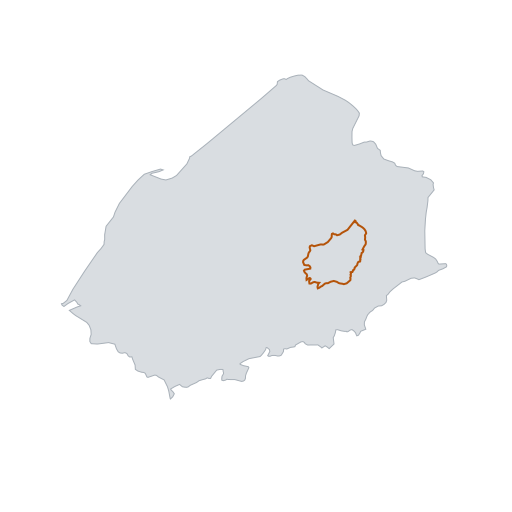 Świętokrzyskie highlighted on a map of Poland, rotated 318°
{"feature_id": "POL-3149", "entity_name": "Świętokrzyskie", "entity_type": "Voivodeship", "adm_level": 1, "iso_a3": "POL", "parent_name": "Poland", "parent_adm1": "", "projection": "natural_earth1", "projection_center": [20.88, 50.732], "detail": "fine", "context": "in_parent", "style": "outline", "palette": "amber", "viewbox_px": 512, "rotation_deg": 318, "n_neighbors": 0, "source": "natural_earth", "source_scale": "10m", "svg_char_len": 5785}
<svg xmlns="http://www.w3.org/2000/svg" viewBox="0 0 512 512"><g transform="rotate(318 256 256)"><path d="M418.4,274.2L420.4,277.4L421.2,279.9L420.4,281.9L420.7,283.9L428.1,292.5L430.9,298.8L432.7,301.2L436.8,304.4L437.1,305.7L435.5,306.9L433.2,307.3L432.5,308.4L435.0,311.4L436.9,316.3L436.8,320.4L435.4,321.4L433.7,323.9L432.6,326.1L423.0,327.6L420.7,330.0L415.5,334.5L412.0,337.2L406.7,341.9L398.4,350.1L386.4,363.9L384.3,367.0L384.7,369.6L387.0,375.8L387.5,378.5L387.1,381.1L386.4,383.4L386.5,384.4L391.8,388.6L392.0,389.5L391.5,390.6L390.4,391.5L386.4,390.6L381.9,388.8L380.4,389.0L378.0,388.6L367.9,385.2L361.2,382.6L360.5,380.9L359.2,378.4L356.3,376.3L349.7,374.4L347.1,373.0L336.4,372.2L331.7,372.2L328.5,372.8L326.4,372.7L323.5,376.4L321.5,377.5L318.6,377.6L316.0,377.0L313.4,375.0L309.3,374.0L306.2,374.5L304.0,374.1L302.1,374.0L301.4,374.3L299.9,374.3L297.7,375.2L295.2,376.5L292.5,377.5L290.4,379.7L288.6,383.9L283.4,382.0L281.6,382.8L279.1,383.4L277.5,382.8L277.9,381.4L278.6,379.7L278.6,377.4L278.1,374.9L276.5,374.1L274.1,373.8L272.8,373.3L272.7,372.4L271.5,371.4L269.3,368.7L267.3,365.3L265.9,364.3L263.9,365.9L260.8,367.7L258.8,368.3L255.1,373.6L248.4,373.8L248.0,371.3L247.3,369.0L243.4,368.4L243.3,367.0L242.5,363.5L234.8,356.7L233.8,353.9L234.2,352.8L233.6,351.0L231.9,349.9L225.8,348.6L224.2,349.4L222.8,348.6L220.5,347.0L216.6,345.7L216.2,345.0L214.8,343.8L214.1,343.7L213.5,344.4L212.4,345.4L208.4,346.6L206.8,346.1L205.3,345.0L203.7,342.7L201.3,340.6L199.3,339.9L198.2,338.8L198.0,337.9L202.4,336.2L203.4,334.5L202.9,331.3L202.2,330.9L200.5,332.0L196.8,332.9L193.4,333.4L191.7,333.4L182.1,327.6L175.8,325.8L172.1,325.3L171.7,325.9L173.3,329.1L176.2,333.1L176.0,334.2L170.5,336.6L168.2,337.9L166.2,339.9L164.5,340.7L163.0,340.5L161.4,339.6L157.6,333.7L152.6,329.1L152.0,328.1L150.5,327.9L148.3,326.8L147.5,325.4L148.7,324.0L150.3,322.6L153.0,321.8L153.8,321.0L154.3,319.9L155.4,318.4L155.1,317.8L153.2,316.1L150.4,314.5L142.5,315.7L140.3,316.6L139.1,315.5L138.2,313.9L136.2,313.5L133.5,312.1L130.3,310.6L127.1,310.2L120.6,308.1L118.0,307.9L116.6,307.2L115.1,305.6L113.8,303.9L113.3,300.3L108.5,298.7L103.6,297.7L103.3,298.2L103.4,301.8L103.1,303.7L99.9,304.9L96.7,305.0L96.9,304.4L100.8,298.0L102.7,294.0L104.8,286.6L102.6,280.8L102.1,278.0L101.0,276.7L94.5,273.9L94.0,272.9L95.2,269.1L94.7,267.5L93.2,265.8L91.2,262.4L90.5,259.5L93.2,256.1L95.2,250.3L96.3,247.9L94.6,246.6L94.2,244.7L94.8,242.0L93.9,240.1L91.6,238.8L90.1,237.1L89.5,235.0L90.2,231.6L92.1,227.1L88.5,221.7L79.2,215.3L74.9,210.9L75.3,208.4L77.4,206.1L81.0,204.0L83.9,200.4L85.6,196.0L85.8,192.1L82.1,179.5L81.5,176.3L80.9,171.5L89.0,174.2L92.4,175.7L92.1,174.0L91.4,172.5L91.9,170.4L91.8,167.2L84.4,165.5L79.5,165.0L79.0,162.8L79.5,161.3L80.9,162.2L85.7,162.5L97.7,158.2L118.5,152.6L140.5,147.3L145.7,146.8L150.8,145.7L152.8,143.7L154.7,142.4L157.8,138.9L164.5,133.6L176.2,131.6L180.6,129.1L189.7,125.5L210.6,121.5L219.2,120.6L227.7,120.5L235.3,123.7L243.2,127.5L244.6,129.9L240.3,128.4L234.0,124.9L231.7,124.8L237.0,135.4L239.9,139.2L245.8,142.0L250.8,143.0L266.3,141.3L271.8,139.0L273.3,137.9L274.8,138.5L295.0,139.7L365.1,142.5L385.3,142.9L386.6,142.6L388.6,140.8L391.1,141.1L394.1,142.2L395.5,143.0L396.1,143.9L396.5,145.0L398.1,145.2L401.1,146.1L405.1,148.0L408.3,149.8L411.3,152.4L412.3,155.4L412.4,158.8L412.3,160.9L416.9,177.5L423.9,192.7L426.6,200.0L427.6,204.0L428.5,209.6L428.8,213.6L428.8,215.9L428.4,219.0L426.4,220.8L413.2,226.0L410.7,227.7L406.9,231.8L403.3,236.0L402.5,237.4L402.3,238.4L403.1,239.7L407.9,242.0L412.7,243.8L414.2,245.2L417.8,246.9L419.1,248.5L419.8,249.8L419.8,253.0L418.3,257.3L419.0,260.6L417.4,262.8L416.1,265.2L415.9,269.5L418.4,274.2Z" fill="#d9dde1" stroke="#a8b0b8" stroke-width="1"/><path d="M302.6,284.8L304.7,285.4L305.7,287.6L311.7,290.6L312.6,291.4L313.4,292.4L314.3,292.9L318.7,293.7L323.8,293.0L325.0,292.5L326.1,291.3L327.2,290.4L328.3,290.7L328.7,292.3L329.8,293.3L329.9,294.0L330.1,294.8L332.6,296.1L335.5,296.3L341.5,297.8L353.2,295.8L353.4,296.5L353.2,296.7L352.9,296.9L352.6,297.1L352.3,297.1L352.3,297.4L353.0,297.8L353.1,298.7L352.9,300.8L352.7,301.0L352.6,301.4L352.7,301.7L352.9,301.8L353.0,301.9L353.1,302.1L353.2,302.5L354.1,305.4L354.3,306.4L354.4,307.0L354.5,308.7L354.2,310.6L353.9,311.3L353.5,312.2L353.0,312.9L352.3,313.1L351.3,313.3L350.7,313.6L349.7,315.1L347.9,316.8L347.7,317.5L347.5,318.4L347.0,319.1L345.9,320.2L345.2,320.7L342.9,321.2L339.4,322.5L339.5,322.7L339.9,323.4L339.2,324.0L338.3,324.5L337.3,324.6L336.6,324.4L334.4,326.0L333.7,326.0L333.6,326.3L333.6,326.5L333.2,326.9L332.9,326.9L332.6,326.7L332.4,327.3L332.0,327.6L331.5,327.8L331.3,328.1L331.3,328.5L331.2,328.6L330.7,328.7L330.1,329.5L329.4,329.7L329.1,329.4L328.7,329.1L328.2,328.9L327.8,328.9L326.3,329.5L326.0,329.8L325.6,330.1L325.2,330.4L324.7,330.5L321.9,330.6L321.5,330.7L321.2,330.9L320.9,331.3L320.5,331.5L319.5,331.6L319.0,331.8L318.5,331.5L318.0,331.8L317.5,332.2L316.9,332.4L315.5,331.3L315.2,331.6L315.0,332.4L314.2,333.1L313.8,333.1L313.6,333.2L313.5,333.5L313.4,334.0L312.8,334.6L311.6,335.1L311.2,335.7L311.0,336.2L309.9,337.1L305.1,337.0L302.4,335.7L301.7,334.5L300.1,332.6L299.4,331.5L298.8,329.3L297.1,326.6L294.3,325.1L291.2,324.3L290.0,323.2L288.6,322.6L285.1,322.6L284.1,322.2L281.6,321.9L280.3,321.4L281.0,320.1L283.6,318.4L285.0,318.2L283.3,316.4L282.3,314.6L281.0,313.8L278.3,313.2L277.3,312.2L278.7,310.1L281.2,309.7L281.4,309.4L281.4,308.8L281.2,308.3L280.8,308.1L277.6,307.6L278.5,306.4L279.5,305.6L280.8,304.9L281.5,303.5L281.3,302.0L281.3,300.5L281.8,299.0L283.1,298.8L287.9,301.7L288.8,300.9L289.1,299.4L288.7,297.8L287.6,297.1L285.9,295.0L286.8,292.2L287.7,291.3L288.9,290.9L292.9,291.4L294.1,291.1L296.7,289.2L297.8,288.7L299.0,288.6L300.2,288.1L301.6,285.5L302.6,284.8Z" fill="none" stroke="#b45309" stroke-width="2"/></g></svg>